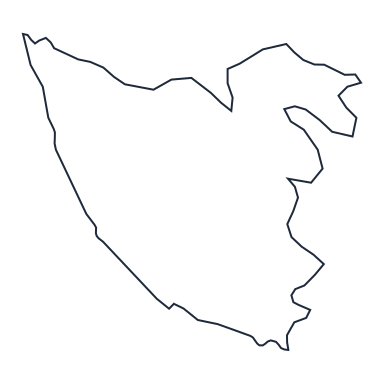 outline of Gālla
{"feature_id": "LKA-2464", "entity_name": "Gālla", "entity_type": "District", "adm_level": 1, "iso_a3": "LKA", "parent_name": "Sri Lanka", "parent_adm1": "", "projection": "mercator", "projection_center": [80.274, 6.202], "detail": "fine", "context": "isolated", "style": "outline", "palette": "slate", "viewbox_px": 384, "rotation_deg": 0, "n_neighbors": 0, "source": "natural_earth", "source_scale": "10m", "svg_char_len": 1421}
<svg xmlns="http://www.w3.org/2000/svg" viewBox="0 0 384 384"><path d="M288.3,350.0L284.1,349.4L281.0,348.0L278.8,344.9L276.0,341.8L270.8,340.4L267.8,341.5L265.4,343.6L262.8,345.4L259.4,345.3L258.2,344.4L257.1,343.4L252.9,337.5L250.9,336.2L250.4,335.9L245.7,334.2L217.6,324.1L206.0,321.7L197.8,320.0L183.5,308.5L180.3,306.9L174.0,303.9L173.9,303.8L169.1,308.7L156.8,298.8L103.2,241.9L98.8,238.4L98.7,238.4L98.2,237.8L96.7,236.0L95.9,233.2L96.1,227.6L94.5,224.7L92.2,221.7L86.3,213.9L55.9,149.7L54.6,143.5L54.8,138.0L54.9,132.5L54.9,132.4L53.8,129.1L48.3,117.7L42.8,86.8L30.6,65.0L23.0,34.0L27.6,35.0L31.2,39.9L35.0,43.5L39.3,40.5L45.9,37.9L50.8,42.5L54.1,48.2L78.2,59.4L90.3,61.9L103.4,67.6L114.0,76.9L124.9,84.3L153.5,89.7L171.4,79.6L191.4,77.9L210.9,92.9L221.0,102.7L231.3,110.9L232.6,97.6L227.6,83.2L227.6,69.0L239.8,63.6L262.8,49.4L286.3,44.0L294.3,52.4L303.3,60.0L314.4,64.5L324.2,64.7L344.7,74.8L355.3,74.5L361.0,82.7L347.4,86.7L338.5,95.7L346.3,107.6L356.4,117.8L352.5,136.5L332.2,131.8L319.6,120.0L305.7,109.5L294.8,106.3L284.3,109.1L290.7,121.4L303.8,129.7L317.7,149.7L322.6,168.6L311.1,182.7L288.0,178.7L294.9,186.8L298.0,197.6L293.2,211.3L287.3,224.1L291.5,237.1L301.7,246.7L313.5,254.7L323.8,264.1L314.9,274.8L304.4,285.5L295.3,289.1L291.4,295.3L293.4,302.2L298.6,304.9L310.2,309.9L306.2,317.9L294.3,322.3L287.0,335.2L287.1,342.4L288.3,349.4L288.3,350.0Z" fill="none" stroke="#1e293b" stroke-width="2"/></svg>